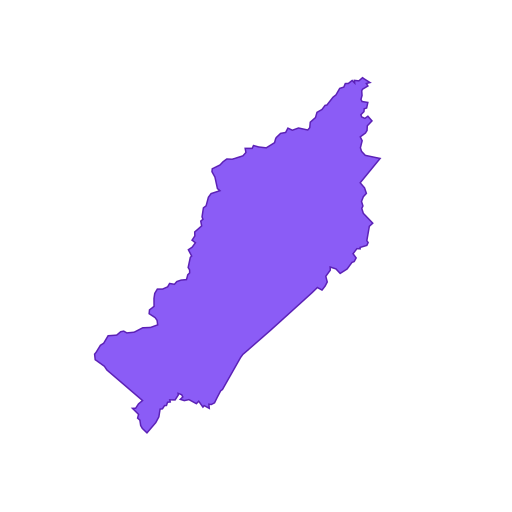 Maricao, Puerto Rico (Equal Earth projection), rotated 120°
{"feature_id": "32010507B97201459085327", "entity_name": "Maricao", "entity_type": "district", "adm_level": 2, "iso_a3": "PRI", "parent_name": "Puerto Rico", "parent_adm1": "", "projection": "equal_earth", "projection_center": [-66.947, 18.173], "detail": "fine", "context": "isolated", "style": "filled", "palette": "violet", "viewbox_px": 512, "rotation_deg": 120, "n_neighbors": 0, "source": "geoboundaries", "source_scale": "gbopen_adm2", "svg_char_len": 2500}
<svg xmlns="http://www.w3.org/2000/svg" viewBox="0 0 512 512"><g transform="rotate(120 256 256)"><path d="M463.7,262.0L450.4,259.5L443.9,259.7L436.6,262.5L435.1,260.6L431.3,260.4L430.2,258.8L426.9,259.5L425.3,257.3L423.7,258.8L421.1,254.1L415.3,253.8L413.9,254.8L413.3,251.0L414.7,248.9L418.0,249.9L417.1,245.8L413.9,242.3L413.7,233.8L410.4,233.0L413.4,226.4L411.5,226.1L411.3,220.3L407.9,222.7L407.0,220.5L403.9,218.5L398.0,218.9L390.4,219.2L388.4,218.3L351.6,218.6L347.8,218.2L345.3,217.3L312.8,206.2L312.5,206.1L259.7,189.1L252.6,187.1L252.5,181.8L247.4,181.1L242.9,181.3L238.7,185.4L231.1,184.6L228.5,186.3L227.2,180.4L229.0,174.4L221.7,170.6L213.6,169.7L211.7,168.2L207.6,168.3L205.5,173.1L199.2,172.3L197.7,169.4L196.6,170.2L191.4,165.3L188.3,165.6L187.3,167.7L173.6,172.7L169.2,171.3L165.4,184.4L161.9,188.2L159.2,188.4L156.0,191.9L151.0,192.7L146.6,191.7L142.7,196.1L140.5,202.4L109.5,197.3L114.2,211.7L112.6,216.9L110.1,219.7L103.1,221.7L100.7,225.3L94.8,222.7L91.8,222.6L87.6,224.7L81.0,223.1L79.0,229.0L82.4,230.5L82.7,234.1L81.2,235.8L77.0,234.7L74.4,235.9L72.5,234.2L67.1,235.9L69.2,241.4L67.9,243.4L64.0,244.4L60.0,247.1L58.2,247.1L52.8,244.1L51.4,246.7L48.8,244.0L48.5,251.2L48.3,252.9L52.9,254.5L54.7,258.6L56.9,257.0L55.9,260.5L60.4,262.3L62.0,264.9L65.8,264.4L69.0,267.3L76.5,267.3L80.0,268.7L89.9,270.1L91.0,271.5L96.1,272.1L101.1,275.0L106.4,273.7L108.7,274.5L113.0,275.9L118.0,273.6L121.0,274.2L123.9,283.2L128.9,287.4L129.3,292.3L134.2,292.1L137.5,296.0L143.3,297.7L144.8,297.6L148.6,296.6L157.2,301.2L160.2,308.1L161.6,313.4L164.7,313.1L168.2,319.2L171.4,316.5L175.8,317.4L184.1,325.0L186.6,329.8L190.7,331.6L195.2,332.7L202.3,337.5L205.0,336.3L208.2,331.0L216.9,323.1L217.5,319.9L224.4,326.1L228.9,326.6L237.5,324.3L240.6,325.6L249.1,322.3L250.7,320.3L253.4,321.3L257.1,318.1L265.8,321.1L269.2,319.0L274.3,319.3L274.8,315.1L280.3,315.7L284.4,317.7L288.2,311.7L290.0,312.2L299.9,309.0L301.2,306.6L303.8,305.0L306.4,305.7L311.2,304.4L314.3,308.8L317.7,311.8L321.3,312.5L323.0,317.1L326.9,317.1L331.4,320.4L334.0,324.9L339.0,325.0L343.8,323.1L350.6,319.1L355.9,321.3L359.4,319.7L359.8,312.5L361.2,309.5L364.8,306.7L370.6,311.6L374.8,318.2L382.9,323.4L387.2,329.4L387.2,333.0L389.2,335.3L394.2,337.1L399.0,344.2L407.7,344.3L411.1,346.1L419.4,346.3L421.7,346.7L426.2,343.4L427.3,332.2L429.3,328.1L437.9,282.0L442.8,283.8L448.0,284.1L449.7,286.8L451.9,278.5L455.6,277.5L456.2,274.5L460.5,271.1L462.2,268.2L463.7,262.0Z" fill="#8b5cf6" stroke="#5b21b6" stroke-width="1.5"/></g></svg>